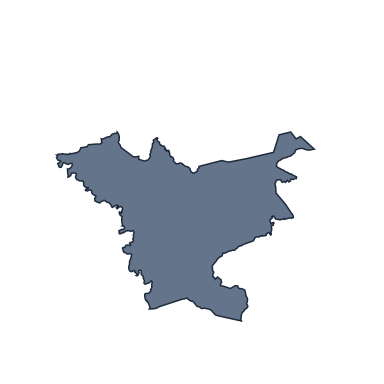 outline of Upper Denkyira East Municipal, Central, Ghana, rotated 223°
{"feature_id": "2480657B45731574572143", "entity_name": "Upper Denkyira East Municipal", "entity_type": "district", "adm_level": 2, "iso_a3": "GHA", "parent_name": "Ghana", "parent_adm1": "Central", "projection": "orthographic", "projection_center": [-1.726, 5.836], "detail": "fine", "context": "isolated", "style": "filled", "palette": "slate", "viewbox_px": 384, "rotation_deg": 223, "n_neighbors": 0, "source": "geoboundaries", "source_scale": "gbopen_adm2", "svg_char_len": 6081}
<svg xmlns="http://www.w3.org/2000/svg" viewBox="0 0 384 384"><g transform="rotate(223 192 192)"><path d="M287.6,184.8L287.3,184.4L287.5,183.4L289.3,181.0L289.9,179.4L289.8,176.5L291.4,174.6L293.4,169.8L294.7,169.0L293.5,168.4L292.8,167.3L291.5,166.6L291.7,165.0L292.2,164.1L294.7,161.8L299.8,156.2L300.0,155.6L299.6,153.6L303.5,148.4L302.9,147.2L302.4,145.4L302.5,143.7L303.3,142.0L306.2,137.8L307.7,136.8L307.7,135.6L307.9,135.3L309.4,134.4L310.0,133.4L311.2,132.8L311.9,132.2L313.0,131.7L313.2,131.2L315.8,128.0L315.5,127.1L316.1,126.6L314.8,126.5L314.6,126.0L314.5,124.6L311.5,123.9L310.3,124.8L309.3,125.1L309.0,124.6L308.9,123.8L309.6,121.2L306.2,119.7L304.7,120.5L304.6,121.0L305.3,123.6L306.2,125.3L305.5,126.3L303.5,126.7L301.7,127.4L300.9,129.1L299.5,131.1L298.0,130.2L297.1,127.5L297.8,124.9L298.8,123.9L297.0,122.3L296.6,121.6L294.2,120.0L292.9,118.3L292.2,119.5L292.0,121.3L292.1,121.8L293.0,123.4L292.9,123.7L290.6,126.0L288.7,126.5L287.7,123.9L286.9,123.2L285.0,122.5L282.2,123.3L278.9,125.7L276.7,124.1L275.9,123.0L273.9,122.8L272.2,123.1L271.1,124.6L270.6,124.3L270.6,123.2L271.5,120.9L271.0,120.5L269.4,121.2L268.4,123.3L267.6,124.3L266.1,124.5L265.4,123.4L263.3,122.6L259.5,123.5L259.1,123.1L258.8,120.9L257.5,119.7L256.7,119.3L252.5,120.7L251.8,121.4L252.0,122.9L250.5,126.1L247.4,126.5L245.2,127.7L241.5,127.1L241.2,126.6L239.8,126.3L239.2,128.1L239.0,129.3L238.2,130.7L236.8,131.8L235.9,131.0L235.9,130.6L236.9,129.5L236.6,128.8L235.2,128.7L235.2,130.7L234.6,132.3L233.5,133.0L232.0,132.9L230.8,131.8L230.6,130.4L229.4,129.3L229.3,128.3L229.9,127.7L231.2,128.3L231.5,127.6L230.2,126.6L228.8,126.1L226.3,126.2L224.8,124.1L223.0,122.3L220.0,120.3L220.1,119.5L219.2,120.0L219.0,120.4L218.1,120.5L217.5,120.4L216.6,119.3L216.7,117.9L218.0,116.5L219.0,113.8L217.1,112.1L216.4,112.0L215.7,112.7L215.7,114.1L214.7,114.8L214.2,115.8L213.7,118.7L212.4,119.8L211.6,121.0L210.1,121.3L209.7,121.6L208.9,123.7L208.4,123.7L206.4,122.5L205.8,120.7L204.2,119.5L203.2,117.2L201.9,117.0L201.4,115.6L201.6,114.3L202.7,113.0L202.7,111.9L202.0,111.9L200.7,111.3L201.0,110.5L203.1,109.2L204.0,107.9L203.4,105.5L204.4,104.7L204.6,103.5L202.8,102.7L201.9,101.8L200.8,101.5L199.2,102.2L197.5,102.3L196.1,103.4L194.8,105.2L193.4,105.0L191.6,102.0L190.3,98.6L188.5,96.6L187.1,93.8L184.7,92.1L182.8,91.9L181.7,92.8L180.7,95.3L179.7,95.0L179.2,94.4L178.9,94.3L178.4,94.5L175.9,94.5L175.6,93.9L175.9,92.8L175.1,93.1L174.8,94.2L175.7,97.0L177.3,97.5L177.2,98.5L176.8,99.4L175.8,99.8L175.6,99.8L173.0,97.2L170.4,96.9L169.3,96.4L168.6,95.6L166.1,94.6L165.2,92.8L164.4,92.5L163.3,92.6L162.2,95.2L161.5,96.0L161.3,97.0L161.2,99.1L159.7,99.1L158.7,97.3L156.5,95.0L155.9,94.0L155.8,92.4L154.4,91.0L154.7,88.4L155.3,87.4L156.3,86.8L156.9,85.1L155.6,83.6L152.5,81.4L150.9,81.2L150.5,81.6L150.3,81.2L147.8,81.0L143.8,78.7L143.5,77.3L141.3,79.4L138.8,82.6L137.7,85.9L125.9,107.2L124.0,109.6L123.5,111.0L121.1,110.9L118.3,111.5L117.1,112.5L115.4,112.6L110.4,111.8L108.1,113.1L105.9,113.2L105.2,113.5L103.8,115.4L99.9,117.8L98.2,118.4L97.2,118.6L90.9,118.1L87.4,119.9L67.9,131.4L70.0,132.5L70.2,133.3L71.0,134.1L71.1,134.5L71.6,135.1L73.1,137.8L72.8,140.2L73.2,141.2L73.3,141.8L72.7,144.2L73.0,146.2L74.0,147.0L75.6,147.3L76.1,147.7L76.5,148.9L77.2,150.1L77.8,151.0L79.1,152.1L81.4,152.7L85.6,155.8L86.6,156.2L87.7,156.0L89.7,155.1L91.8,153.6L93.7,153.7L94.3,154.5L96.2,153.4L97.0,151.5L98.1,147.6L105.3,144.3L107.1,143.0L107.7,143.2L108.2,143.9L108.7,146.1L110.9,147.6L115.4,147.2L115.3,144.1L116.8,144.6L118.1,144.4L119.3,144.8L120.8,146.0L120.9,147.2L121.2,148.0L124.2,149.2L125.6,150.8L126.0,150.9L126.9,152.2L127.2,158.4L127.7,160.0L127.3,163.7L126.4,165.2L126.7,166.4L127.8,168.1L126.7,169.0L126.4,169.9L125.7,170.8L124.8,173.7L123.5,175.3L122.7,177.2L121.5,177.9L121.1,178.5L121.0,180.5L120.7,181.7L120.9,183.0L120.3,185.0L119.0,186.9L118.9,188.3L113.8,198.1L114.7,201.8L114.4,203.0L112.2,204.9L112.2,206.0L111.9,206.6L111.2,207.0L111.2,207.7L110.4,207.9L108.4,210.4L108.2,211.0L109.0,212.0L108.5,214.3L107.9,215.0L106.2,214.3L105.2,214.2L105.0,214.7L105.2,215.3L107.1,216.5L107.5,218.0L108.6,219.5L110.4,220.9L111.0,222.1L109.9,222.8L111.0,225.3L111.8,225.2L112.8,222.8L115.9,224.4L115.6,228.0L116.7,228.4L116.1,230.1L112.3,229.3L108.4,231.9L106.6,235.3L105.9,234.8L102.5,240.3L101.3,240.6L100.5,242.4L100.8,242.9L102.9,244.1L105.3,244.4L115.4,246.8L129.7,248.5L134.8,253.2L137.2,254.8L137.3,256.3L138.3,257.7L137.5,259.5L135.1,261.6L134.0,260.7L132.7,260.6L131.8,262.1L131.9,262.3L131.3,262.6L130.1,262.8L130.4,265.5L127.9,265.4L127.8,266.8L127.5,267.3L128.4,268.1L128.4,269.0L126.4,270.2L126.0,272.0L124.9,272.9L125.6,274.2L126.1,274.3L129.6,273.1L131.6,272.9L133.2,271.8L135.4,271.6L137.0,270.7L139.8,270.4L141.9,269.5L142.7,269.5L144.8,268.7L147.8,268.4L149.4,270.5L149.7,271.4L149.9,273.7L148.7,276.8L148.9,277.5L147.4,280.3L146.3,281.8L145.6,283.7L144.5,285.3L143.7,290.8L144.8,293.1L143.9,295.9L141.2,299.1L137.2,300.8L134.9,302.5L131.8,306.7L150.5,306.5L152.1,301.8L160.7,303.2L167.3,293.2L159.4,276.6L175.0,253.4L185.8,238.6L191.7,235.3L204.3,215.6L203.4,214.1L203.4,212.2L202.3,211.3L203.1,208.0L204.1,206.7L206.1,206.1L207.9,206.7L208.9,207.5L210.8,207.8L212.6,207.4L214.3,206.3L215.8,206.0L216.6,206.2L217.7,205.9L218.5,206.2L220.6,205.1L221.4,203.4L222.5,202.0L226.1,201.8L226.9,202.1L227.4,203.3L228.2,203.5L228.6,203.9L229.6,204.3L230.7,203.6L231.4,203.8L232.0,203.2L234.1,204.3L234.9,205.2L236.4,205.9L236.6,206.3L237.1,206.1L237.5,206.3L237.6,205.7L237.9,205.7L238.3,205.3L238.4,204.8L239.0,205.3L239.2,205.0L239.8,205.2L240.0,204.8L240.8,204.6L241.2,204.9L241.3,205.9L242.2,205.9L243.5,206.5L244.7,205.8L245.2,205.2L246.4,205.3L246.6,205.0L247.9,205.0L248.8,205.3L249.8,206.2L250.9,205.7L253.2,206.2L253.6,207.9L254.5,207.9L255.1,206.6L255.0,205.7L255.6,204.3L255.6,203.4L253.8,202.5L253.7,201.8L254.0,200.6L251.6,197.6L250.2,193.7L249.1,192.8L248.3,190.5L246.5,189.5L245.9,185.8L247.9,182.1L253.4,179.6L255.2,181.8L258.5,177.8L274.6,176.1L276.1,177.1L279.8,178.0L280.6,180.2L282.9,182.9L285.7,184.5L287.6,184.8Z" fill="#64748b" stroke="#1e293b" stroke-width="1.5"/></g></svg>